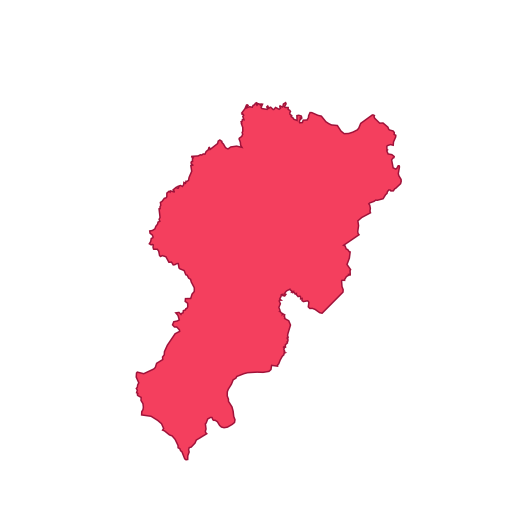 outline of 24 de Mayo, Manabi, Ecuador, rotated 236°
{"feature_id": "8360857B81048544444838", "entity_name": "24 de Mayo", "entity_type": "district", "adm_level": 2, "iso_a3": "ECU", "parent_name": "Ecuador", "parent_adm1": "Manabi", "projection": "orthographic", "projection_center": [-80.362, -1.38], "detail": "fine", "context": "isolated", "style": "filled", "palette": "rose", "viewbox_px": 512, "rotation_deg": 236, "n_neighbors": 0, "source": "geoboundaries", "source_scale": "gbopen_adm2", "svg_char_len": 6129}
<svg xmlns="http://www.w3.org/2000/svg" viewBox="0 0 512 512"><g transform="rotate(236 256 256)"><path d="M336.2,181.9L334.1,180.9L331.4,181.8L329.3,181.3L328.8,180.7L329.1,179.0L326.9,176.8L325.8,174.4L323.9,175.3L323.5,176.6L322.7,177.0L320.6,175.4L318.9,174.9L316.7,178.0L314.3,178.0L310.3,176.3L309.0,176.6L308.7,178.6L305.7,180.9L299.5,180.3L298.2,182.5L294.9,182.4L294.2,183.8L294.0,186.1L293.2,187.3L289.2,185.5L288.0,185.7L284.1,188.3L279.7,187.3L278.5,188.2L275.4,187.8L273.2,188.7L270.7,187.8L264.2,187.1L261.1,185.0L260.2,181.7L257.3,178.1L260.1,173.7L258.0,171.9L255.0,172.9L252.0,171.0L251.3,169.6L251.5,168.3L250.8,167.4L251.3,165.2L249.7,163.8L250.0,162.1L249.5,161.1L252.3,160.6L253.7,157.7L250.4,158.1L246.0,156.7L246.1,154.5L247.5,151.1L245.6,148.3L242.8,148.7L241.4,150.6L237.6,151.2L236.2,150.6L236.8,145.5L231.6,132.6L227.9,126.6L225.4,124.7L224.5,122.0L222.3,120.8L222.6,113.6L219.9,110.2L219.5,108.1L221.2,97.1L226.1,92.7L225.8,91.5L222.6,89.0L216.4,87.9L215.3,85.8L213.5,84.2L213.1,82.7L211.1,82.6L209.4,80.5L208.2,81.2L207.2,80.0L206.4,80.0L203.0,81.7L200.6,79.9L196.8,79.7L193.7,78.1L191.9,76.5L190.8,74.2L188.2,72.3L181.8,79.4L174.6,82.6L169.8,83.9L164.7,83.0L163.9,81.2L162.3,82.3L156.1,84.2L153.7,85.9L149.1,86.4L142.5,85.4L140.6,84.2L138.9,85.1L136.7,84.6L135.1,85.1L127.7,83.5L126.2,84.0L125.5,85.6L128.6,87.8L130.9,91.0L133.1,91.8L134.5,93.5L133.8,95.4L135.0,100.8L136.8,103.6L136.2,115.8L137.8,115.5L139.1,116.1L140.5,117.8L145.2,120.2L145.4,121.3L147.9,124.8L147.6,128.0L146.7,129.2L144.3,128.7L143.5,129.0L142.6,130.3L140.2,131.3L135.9,131.1L133.5,131.7L131.5,133.5L130.1,136.6L129.7,142.1L130.0,145.1L132.0,147.0L135.4,147.8L140.0,150.2L144.3,151.7L150.9,151.9L152.7,153.1L156.1,153.9L159.5,156.3L161.1,158.6L163.5,164.0L166.1,167.8L166.0,171.1L166.9,172.7L165.2,180.2L164.0,183.7L159.1,192.0L155.6,196.8L153.1,202.2L153.5,204.9L156.6,207.8L152.6,212.3L153.7,213.1L153.9,214.5L156.3,218.0L158.2,221.8L158.5,223.8L159.7,224.9L159.5,226.0L160.1,225.5L160.8,226.4L161.4,226.2L161.5,226.6L163.2,226.9L163.8,228.0L165.0,227.9L165.1,228.6L164.0,229.5L166.0,230.7L166.4,233.5L167.4,233.7L167.5,234.6L168.6,235.7L169.4,235.7L170.1,236.5L170.6,236.1L170.8,237.3L172.0,237.4L173.5,238.7L179.5,246.0L184.0,246.9L188.2,244.8L189.2,245.7L190.4,245.7L191.1,246.9L193.1,245.9L192.9,245.2L193.6,245.7L195.0,245.0L196.3,245.1L196.9,244.5L197.5,245.5L200.6,246.2L202.8,249.5L205.8,250.1L206.2,251.0L205.4,252.1L207.2,251.7L208.5,254.2L209.8,255.4L209.2,256.9L208.2,256.1L206.8,257.4L207.5,259.3L208.5,258.5L209.4,259.7L210.0,261.8L209.5,265.6L208.6,265.4L207.3,266.1L206.2,265.2L205.7,267.1L205.0,266.2L204.4,267.4L202.6,267.2L202.3,268.5L201.5,267.9L198.8,268.2L198.1,270.0L197.1,270.0L195.5,269.0L195.0,270.5L193.3,269.2L191.7,269.8L190.1,273.5L189.5,273.9L188.0,273.9L184.6,270.9L182.4,271.3L181.0,273.5L178.7,275.1L173.4,277.1L171.6,278.8L177.4,307.9L179.3,309.4L182.6,310.2L187.5,313.0L187.8,313.7L186.3,315.8L186.8,316.0L188.4,319.5L188.2,322.5L187.6,323.4L188.0,323.7L188.6,323.3L188.3,324.0L191.3,325.8L191.8,326.8L198.1,326.7L202.0,332.2L206.7,336.3L207.4,335.7L210.1,335.6L211.3,334.7L214.5,335.5L215.9,334.6L216.0,353.3L217.6,353.2L219.4,354.0L223.8,358.0L228.2,360.1L228.8,365.3L227.8,375.1L229.5,375.6L231.5,377.4L234.5,378.7L236.2,378.7L236.4,379.9L235.3,384.5L235.4,386.5L234.4,387.7L232.4,393.4L234.4,397.8L234.6,399.6L235.8,400.8L236.5,403.1L235.7,404.1L234.5,404.2L233.2,406.3L234.2,408.6L234.0,409.6L235.1,416.3L236.7,418.1L238.4,419.1L242.6,419.3L244.7,420.0L249.7,424.8L250.8,425.1L251.3,424.4L250.0,421.9L249.9,420.5L252.4,419.0L259.9,422.2L260.6,424.3L260.4,425.3L261.2,426.2L264.1,425.3L266.7,422.6L270.1,423.2L270.4,424.4L271.1,424.1L273.8,425.8L274.0,426.7L273.2,429.8L271.1,431.7L273.7,433.8L276.6,438.4L277.9,439.4L279.5,438.5L281.0,439.7L282.9,439.6L285.9,437.1L287.1,436.9L289.0,437.4L295.2,435.7L297.0,432.8L304.0,431.4L305.7,431.9L306.2,432.7L307.1,432.3L307.9,431.3L307.4,417.0L304.6,412.8L303.9,410.5L304.5,405.7L305.7,401.4L308.1,397.5L312.1,396.3L318.7,396.4L322.5,391.8L325.1,390.3L328.2,389.0L335.4,388.4L338.0,386.0L343.7,382.4L344.7,381.0L342.9,378.1L341.3,376.8L340.2,374.3L342.2,371.1L340.7,369.1L341.9,366.8L342.9,366.9L344.2,368.3L344.6,370.6L345.6,370.0L345.4,371.4L346.7,371.8L348.8,370.1L349.5,368.4L345.4,365.8L348.2,363.8L349.8,363.9L351.9,363.1L352.4,364.1L354.5,363.4L355.8,364.0L356.5,365.4L358.0,365.4L359.5,364.6L361.1,365.7L362.8,363.3L363.8,363.0L365.3,366.0L366.6,366.3L366.7,363.7L364.9,361.9L364.8,361.1L367.0,359.9L366.5,359.2L364.8,358.9L364.7,357.2L368.2,355.3L367.5,352.7L367.9,352.1L371.0,351.4L371.4,351.0L371.3,349.3L373.8,349.6L373.6,348.3L371.6,348.0L371.3,347.2L375.0,343.3L376.3,343.3L378.2,346.3L379.3,345.1L378.4,344.1L380.5,343.6L381.0,343.0L380.4,341.1L381.1,341.1L382.0,342.4L382.8,342.1L382.9,340.8L382.2,339.3L382.5,337.8L381.4,336.1L383.3,334.2L384.1,330.8L384.9,331.3L385.2,333.6L386.0,333.5L386.5,332.6L384.3,329.2L382.5,324.1L381.5,324.3L381.4,324.9L381.1,324.0L380.6,324.6L379.6,324.5L379.1,323.1L375.7,322.2L376.7,321.0L375.5,319.8L375.6,318.6L374.1,318.5L374.0,317.9L370.0,316.9L366.8,314.8L366.1,313.5L364.4,313.1L363.1,311.0L363.0,308.1L362.5,307.4L359.2,306.7L356.4,305.2L353.9,305.1L357.9,301.4L360.5,296.1L360.4,292.9L360.8,292.3L362.9,291.3L367.0,291.6L369.2,291.2L370.1,291.8L372.4,290.9L372.4,288.9L370.7,287.1L370.0,277.5L372.0,278.1L372.2,277.6L370.8,275.9L370.5,273.1L369.0,270.6L370.1,269.3L370.1,267.4L371.0,266.5L371.3,264.0L374.5,258.5L374.1,258.1L372.5,258.9L372.3,257.8L369.8,256.2L370.3,255.4L370.0,254.6L368.4,253.8L367.4,254.5L366.7,254.4L367.3,252.5L362.2,250.1L358.6,244.5L356.5,242.4L356.4,240.4L357.1,239.8L355.7,238.2L357.3,237.4L355.5,235.8L354.8,233.9L356.7,232.8L357.3,230.4L356.5,230.7L355.7,229.4L356.3,228.6L357.4,228.8L357.6,228.1L357.2,224.3L355.3,224.4L354.9,223.9L357.7,221.6L357.0,220.5L358.3,220.2L358.0,217.3L354.9,215.1L354.5,213.7L355.1,212.3L353.8,208.6L353.9,206.7L351.3,205.4L350.5,204.0L348.9,203.0L349.3,202.0L341.6,198.0L340.6,196.2L338.5,195.7L338.9,193.8L337.4,192.1L336.7,189.7L335.0,187.3L335.1,184.3L336.2,181.9Z" fill="#f43f5e" stroke="#9f1239" stroke-width="1.5"/></g></svg>